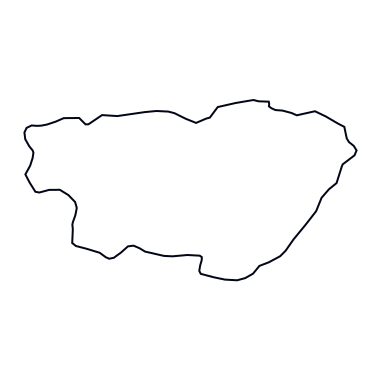 an SVG outline of Bhutan, rotated 178°
{"feature_id": "BTN", "entity_name": "Bhutan", "entity_type": "country or territory", "adm_level": 0, "iso_a3": "BTN", "parent_name": "Asia", "parent_adm1": "", "projection": "orthographic", "projection_center": [90.584, 27.506], "detail": "fine", "context": "isolated", "style": "outline", "palette": "ink", "viewbox_px": 384, "rotation_deg": 178, "n_neighbors": 0, "source": "natural_earth", "source_scale": "50m", "svg_char_len": 1346}
<svg xmlns="http://www.w3.org/2000/svg" viewBox="0 0 384 384"><g transform="rotate(178 192 192)"><path d="M312.7,163.5L312.1,166.0L309.4,172.8L307.7,180.1L309.2,186.1L315.6,193.2L324.0,198.8L334.7,199.1L344.6,196.8L348.5,197.7L354.0,207.2L357.9,215.4L352.8,224.0L350.1,231.5L349.1,236.8L349.8,239.1L353.0,243.3L356.8,250.6L357.4,257.3L355.1,261.8L350.0,264.1L344.6,263.5L340.1,263.6L334.5,264.5L325.7,267.1L317.6,270.3L302.2,269.9L296.0,263.3L293.1,263.3L279.2,272.0L264.0,270.5L236.3,273.5L224.7,274.2L212.9,273.2L206.8,271.4L195.7,265.4L185.5,260.9L175.2,264.9L171.6,265.7L163.3,276.0L145.4,279.4L127.5,281.8L122.2,280.3L112.1,279.6L111.8,277.2L112.1,274.9L109.8,273.0L105.8,271.0L98.7,270.2L89.8,267.5L84.6,265.0L66.3,268.4L55.6,262.8L43.6,255.2L37.5,251.8L35.5,240.2L33.4,236.4L28.7,232.4L26.1,227.8L28.3,223.0L40.4,214.4L41.4,212.3L47.2,195.9L55.0,190.0L62.7,181.7L68.6,168.5L79.8,155.1L92.1,141.2L100.6,129.9L106.2,124.7L117.6,119.1L127.2,115.8L133.8,108.3L141.8,104.1L150.0,102.2L162.1,103.3L173.5,106.1L186.1,109.9L187.5,112.9L186.4,118.3L184.6,123.8L184.5,126.6L186.5,128.1L198.7,129.2L213.8,128.4L222.2,129.1L241.0,134.1L246.5,137.7L252.3,140.4L257.9,139.9L265.0,134.0L272.4,129.0L277.1,128.2L280.4,129.8L286.4,134.5L298.9,138.8L309.9,142.1L313.5,145.2L312.4,158.9L312.7,163.5Z" fill="none" stroke="#020617" stroke-width="2"/></g></svg>